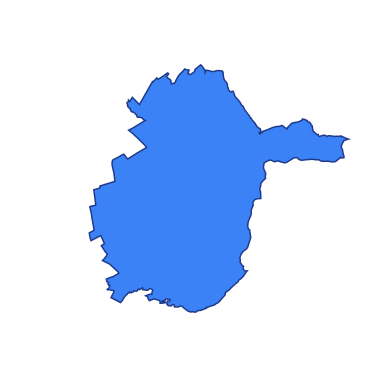 General Berthelot, Hunedoara, Romania, rotated 125°
{"feature_id": "2599482B14034373036308", "entity_name": "General Berthelot", "entity_type": "district", "adm_level": 2, "iso_a3": "ROU", "parent_name": "Romania", "parent_adm1": "Hunedoara", "projection": "equal_earth", "projection_center": [22.874, 45.611], "detail": "fine", "context": "isolated", "style": "filled", "palette": "blue", "viewbox_px": 384, "rotation_deg": 125, "n_neighbors": 0, "source": "geoboundaries", "source_scale": "gbopen_adm2", "svg_char_len": 5960}
<svg xmlns="http://www.w3.org/2000/svg" viewBox="0 0 384 384"><g transform="rotate(125 192 192)"><path d="M299.5,226.0L298.3,217.9L300.0,206.0L300.5,205.3L306.5,208.1L310.1,210.8L312.5,212.2L313.1,211.3L313.8,211.0L314.1,210.6L314.3,209.4L314.1,208.6L314.1,208.4L315.2,208.2L316.0,207.4L316.1,206.7L315.7,206.2L315.6,205.9L315.8,205.5L318.7,205.0L319.5,205.2L320.3,205.6L320.5,205.6L320.5,204.9L320.4,204.7L319.5,204.0L318.8,201.8L317.5,199.3L320.1,198.3L321.7,198.3L325.0,197.7L323.6,187.1L319.7,186.8L317.9,187.1L316.5,187.1L312.7,186.5L312.7,186.4L311.6,186.5L310.5,185.5L309.8,185.9L309.7,185.9L309.4,183.9L308.8,183.8L307.5,182.8L306.6,182.9L306.3,182.7L306.0,182.5L305.9,182.0L305.5,181.5L305.3,180.9L304.7,180.3L302.3,180.3L302.3,180.1L302.4,179.7L302.3,179.2L301.0,178.6L300.4,178.1L299.3,177.9L298.9,177.7L298.9,177.3L300.3,176.3L299.6,175.3L299.4,174.5L298.3,172.6L297.9,172.1L297.3,171.7L295.2,171.1L294.9,170.8L294.7,167.9L297.1,167.2L298.8,166.2L299.0,167.0L299.2,167.3L301.6,169.1L303.6,170.4L303.3,168.2L303.6,167.6L304.5,166.9L304.9,165.8L305.4,164.9L305.4,164.6L305.0,164.0L304.1,163.8L302.5,162.5L301.7,162.2L301.0,160.7L299.7,156.9L299.9,155.6L300.3,155.0L301.1,154.7L301.4,154.4L301.1,153.8L298.2,150.4L297.8,150.4L297.5,150.9L297.7,151.3L299.2,153.2L299.3,153.5L298.9,153.9L298.4,153.9L295.9,151.8L294.7,152.0L294.1,151.4L292.8,148.6L292.9,148.1L293.1,147.9L294.5,147.8L295.3,149.5L295.7,149.6L296.0,149.5L298.2,148.3L298.7,146.6L298.4,145.4L297.5,144.6L297.5,144.2L297.3,143.8L296.8,143.5L295.5,143.5L294.7,142.1L294.7,141.9L294.9,141.5L296.0,140.8L296.1,140.3L295.9,139.9L294.6,138.0L293.5,136.8L292.5,136.5L292.1,136.1L291.3,134.7L291.4,134.1L291.7,132.0L291.9,127.3L291.2,124.5L289.7,122.8L288.8,120.8L288.0,119.9L287.1,119.5L285.8,119.2L284.4,117.4L283.6,116.7L279.0,113.6L278.6,114.0L278.2,114.0L277.6,113.4L277.6,113.1L276.0,112.2L271.4,108.7L269.8,108.3L268.2,107.4L266.3,106.8L260.5,106.3L257.8,105.8L256.3,106.2L255.9,106.9L255.2,106.9L250.9,105.4L247.4,104.9L240.2,103.2L239.3,102.8L237.1,103.1L235.1,102.2L231.5,101.6L226.1,101.7L225.0,101.6L226.3,103.2L226.3,104.0L225.7,105.7L224.8,106.6L223.3,107.1L223.4,108.0L223.2,109.3L221.8,112.5L221.5,112.5L220.5,113.0L219.3,114.1L218.9,114.8L216.6,115.7L215.3,116.0L211.3,116.1L207.5,114.7L205.5,114.7L195.7,117.7L192.3,120.8L191.7,121.7L190.9,122.3L190.0,122.8L190.0,124.5L188.2,126.6L187.6,127.1L184.5,128.7L182.3,129.4L178.1,130.2L176.5,130.7L175.5,131.2L174.0,132.2L173.3,133.0L172.8,133.2L167.8,134.2L166.3,135.7L165.7,136.1L163.5,136.3L161.7,136.0L161.0,135.5L159.1,133.5L157.9,131.9L152.6,135.9L150.7,138.3L148.0,139.1L146.9,139.6L145.8,140.5L142.5,140.3L138.6,139.6L137.1,141.0L134.7,142.1L134.0,143.0L131.7,146.8L130.6,147.7L127.4,149.4L125.9,149.2L123.5,148.1L121.1,146.5L120.3,144.5L120.0,141.9L117.3,139.5L116.1,135.7L115.0,132.9L113.7,131.6L105.6,128.1L103.9,126.2L103.6,125.0L104.0,123.2L103.9,122.5L103.5,121.3L103.0,120.3L102.1,119.2L100.1,117.1L98.4,114.9L97.3,113.8L95.7,111.5L94.8,109.4L94.0,108.4L93.7,107.6L93.1,107.1L92.9,106.7L92.6,104.0L92.4,104.0L92.0,102.7L88.8,98.3L87.0,94.5L85.5,92.6L84.7,91.9L80.4,90.6L78.6,90.4L78.8,90.1L78.7,89.5L78.5,89.2L77.4,87.9L76.7,87.7L76.4,87.3L74.6,89.2L74.0,90.1L70.8,93.3L69.8,95.3L68.8,96.1L68.7,96.0L66.6,96.6L64.4,96.9L62.9,97.2L62.7,97.2L62.2,96.5L60.3,95.4L59.0,94.2L59.6,96.4L60.1,99.2L60.8,101.9L60.6,102.0L62.1,103.6L63.3,105.4L64.1,106.3L64.9,107.5L66.8,111.2L67.4,112.1L68.0,112.7L69.2,113.5L69.0,114.1L69.5,116.0L70.0,116.7L71.1,117.8L73.2,119.2L73.5,119.9L73.3,120.8L72.5,121.5L73.3,122.4L72.5,128.4L72.1,128.4L68.8,131.6L68.9,132.5L68.8,132.9L68.4,133.5L67.8,134.0L67.5,136.3L67.9,136.7L68.1,137.4L67.9,137.9L67.5,138.1L67.5,138.8L67.8,140.9L68.5,142.9L69.1,143.5L69.8,143.1L70.5,143.2L73.8,145.3L77.0,148.5L78.7,149.8L84.5,150.7L85.8,150.4L86.0,154.1L85.7,155.1L86.1,156.7L86.3,157.0L87.3,157.4L88.0,158.0L88.9,159.0L89.9,160.4L93.3,163.2L97.6,165.8L102.1,169.0L102.2,168.5L105.5,169.8L105.4,170.6L105.2,171.0L104.5,170.9L104.4,170.6L102.5,170.8L102.0,171.1L101.2,172.1L101.3,174.7L101.1,176.5L99.7,179.4L98.9,182.2L98.6,184.0L97.7,185.6L97.6,186.3L97.8,186.3L97.7,186.7L97.5,187.3L96.5,189.1L96.4,189.9L94.7,195.0L94.2,196.4L92.6,199.0L92.4,199.8L92.5,200.9L91.0,204.0L90.2,206.5L89.4,210.4L88.6,212.2L85.8,216.1L86.6,217.0L87.9,217.7L87.9,218.5L87.7,219.6L87.4,220.6L86.2,221.8L85.5,223.1L83.3,225.1L82.1,227.6L82.3,228.2L81.1,230.6L79.8,232.1L76.2,235.2L76.4,235.4L75.8,235.9L75.6,236.3L75.6,236.8L77.1,239.5L78.8,241.9L80.1,242.5L81.5,244.2L82.5,246.3L83.0,248.1L84.2,250.3L86.5,249.8L84.7,251.5L83.1,256.1L82.9,257.9L88.7,259.5L90.4,259.7L91.8,259.0L95.4,260.1L96.5,260.6L97.6,263.2L93.8,264.3L95.2,267.1L95.3,268.5L98.7,268.8L102.7,269.6L104.5,269.7L108.2,269.4L112.5,268.6L113.1,269.3L115.1,270.6L115.2,270.9L115.1,271.3L112.8,273.3L112.5,273.9L112.4,275.2L112.5,277.1L112.2,278.9L111.6,279.2L111.1,279.2L109.8,278.8L109.0,278.8L108.5,279.1L108.4,279.9L108.6,280.4L114.0,282.2L119.1,284.4L118.6,286.2L124.2,287.1L124.2,287.7L150.5,285.2L148.7,295.2L153.5,295.0L153.2,296.7L154.1,296.1L154.7,296.0L155.1,296.1L155.9,296.6L156.9,295.9L157.9,294.2L158.8,293.7L159.1,291.8L159.5,291.2L159.4,291.0L159.0,290.8L159.0,290.4L159.8,289.7L160.7,288.6L160.8,286.9L160.2,285.8L160.1,285.1L160.5,283.3L160.6,281.9L161.8,280.1L162.0,279.5L161.9,279.1L161.1,278.5L160.9,277.7L160.3,277.0L160.1,275.4L160.5,272.7L160.5,272.0L160.2,271.3L173.6,277.2L177.7,279.4L178.0,274.9L179.0,267.4L180.3,259.7L181.4,254.7L192.0,259.5L201.9,263.6L200.1,269.6L202.3,270.9L203.8,271.4L211.1,275.2L211.9,275.2L213.4,274.5L215.7,273.0L221.2,266.9L225.7,262.8L227.6,261.3L239.8,270.8L241.7,269.8L246.5,273.7L258.0,263.2L259.0,264.3L261.7,266.6L262.5,267.3L262.8,267.2L266.8,262.7L271.1,258.6L278.3,251.4L279.7,250.3L284.4,252.7L286.6,250.6L289.5,247.4L289.8,246.8L280.1,241.8L280.3,241.2L284.5,234.1L288.0,235.5L290.7,228.7L291.4,225.8L293.6,225.5L298.2,225.7L299.5,226.0Z" fill="#3b82f6" stroke="#1e3a8a" stroke-width="1.5"/></g></svg>